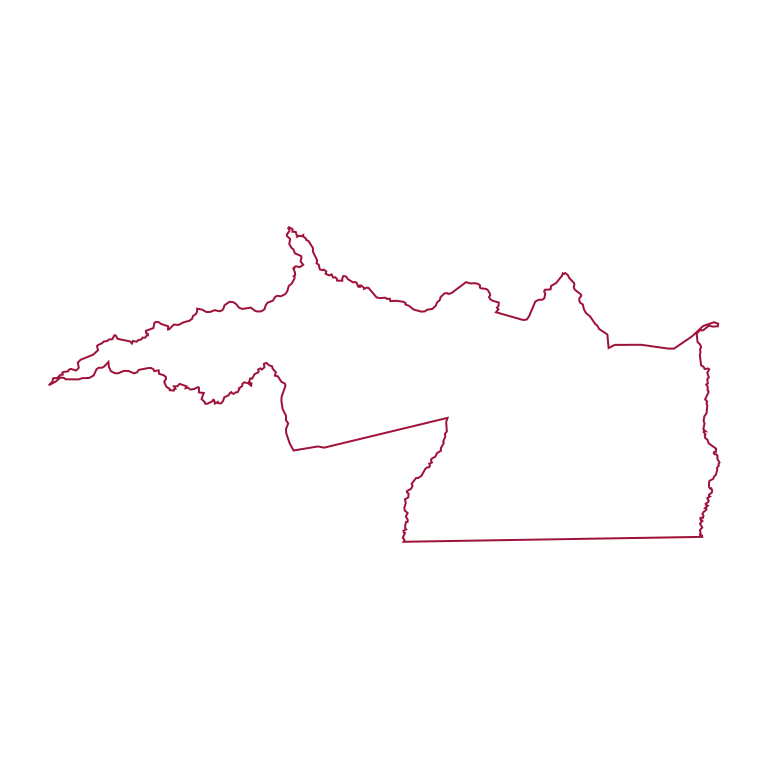 Tangará da Serra, Mato Grosso, Brazil, rotated 179°
{"feature_id": "56859067B801733542201", "entity_name": "Tangará da Serra", "entity_type": "district", "adm_level": 2, "iso_a3": "BRA", "parent_name": "Brazil", "parent_adm1": "Mato Grosso", "projection": "mercator", "projection_center": [-58.025, -14.492], "detail": "fine", "context": "isolated", "style": "outline", "palette": "rose", "viewbox_px": 768, "rotation_deg": 179, "n_neighbors": 0, "source": "geoboundaries", "source_scale": "gbopen_adm2", "svg_char_len": 6064}
<svg xmlns="http://www.w3.org/2000/svg" viewBox="0 0 768 768"><g transform="rotate(179 384 384)"><path d="M429.1,488.2L429.4,490.2L431.0,491.6L433.0,491.3L434.5,494.5L436.5,493.6L438.2,494.1L440.5,495.3L439.7,497.5L442.2,499.5L443.4,498.8L446.2,499.7L447.2,504.4L449.3,505.8L448.7,508.9L452.8,517.7L452.7,521.2L457.0,528.3L459.2,529.4L459.7,531.0L462.3,532.9L462.2,534.3L463.9,533.2L466.6,533.7L468.2,532.6L469.6,537.6L472.9,537.8L472.7,540.5L476.3,542.4L477.1,541.4L475.7,539.5L475.9,538.6L478.6,535.1L478.4,533.6L475.3,530.6L476.3,525.7L474.2,521.8L472.3,520.3L470.8,516.2L464.7,513.4L464.3,511.9L465.3,508.1L462.7,504.6L466.1,502.3L469.8,503.2L471.5,502.6L471.6,501.2L472.6,501.0L471.1,497.1L470.9,494.5L472.4,493.3L471.5,492.5L471.8,490.7L474.7,485.8L477.5,483.7L479.2,478.2L481.3,475.5L485.6,473.5L489.2,474.0L491.2,473.1L493.7,469.3L499.0,467.3L500.7,465.2L502.2,460.9L503.4,459.9L506.1,458.7L509.2,458.7L511.3,459.2L515.9,462.7L524.3,461.5L527.7,462.9L530.5,466.6L533.4,468.5L537.1,468.9L542.1,465.5L543.3,462.0L544.7,460.4L547.3,459.6L552.0,460.8L556.5,459.1L560.4,459.1L564.7,461.6L569.5,462.6L569.6,459.8L570.7,457.4L573.9,455.2L574.6,452.7L577.5,450.6L583.3,449.2L588.2,446.7L593.2,447.0L597.8,442.5L599.0,442.3L598.8,445.5L605.8,447.9L608.7,450.0L611.3,449.9L612.5,449.1L613.6,444.0L621.1,441.3L621.0,439.2L619.1,438.1L619.2,436.7L620.6,436.5L622.0,434.5L624.6,434.6L625.7,432.9L629.0,432.1L630.6,430.6L634.3,431.4L635.3,428.9L637.1,431.0L649.5,433.8L651.4,437.2L652.7,437.4L655.0,433.5L658.3,433.3L660.0,431.8L663.4,431.4L665.2,429.7L669.5,427.8L670.3,426.8L669.3,422.8L674.3,418.4L687.0,413.5L689.8,410.7L688.9,405.6L690.6,403.7L691.7,402.9L697.0,404.6L699.0,403.6L699.5,402.2L704.4,401.6L705.5,400.9L705.0,399.0L707.5,398.7L710.6,395.7L714.7,395.5L715.5,392.1L719.2,388.6L712.3,392.1L707.5,396.1L703.9,395.7L702.4,394.3L689.3,393.9L685.7,395.1L678.6,395.2L674.2,397.6L671.1,403.9L669.1,405.2L665.6,405.2L663.4,406.4L659.1,410.9L658.8,406.0L656.9,401.6L652.8,399.5L649.8,399.3L643.6,401.7L639.4,401.5L633.4,399.0L630.6,400.1L628.9,402.4L619.2,404.1L616.6,404.1L614.2,402.6L613.5,400.9L609.1,401.6L608.7,398.1L604.3,396.7L602.0,394.9L601.9,392.7L603.7,390.2L603.4,389.1L601.6,385.0L598.3,382.7L598.3,381.5L594.4,381.1L594.3,382.1L592.5,382.8L594.1,385.3L590.6,385.4L588.3,387.7L581.6,385.2L582.4,383.3L580.3,383.8L577.4,381.8L573.7,382.4L570.3,384.1L569.1,383.6L569.2,378.8L564.4,378.2L566.7,372.2L563.6,369.1L563.1,367.4L560.8,367.4L555.6,370.0L555.1,371.2L554.1,370.8L553.4,367.4L550.6,369.0L550.4,367.8L547.4,367.4L545.3,369.6L544.0,373.4L539.7,375.4L538.0,377.9L536.7,378.5L536.0,377.3L534.4,376.8L532.6,378.2L530.6,378.3L528.7,381.4L529.2,382.2L525.8,384.4L525.6,386.6L523.8,388.1L519.9,387.2L516.9,384.7L516.5,387.0L518.9,388.2L517.7,391.9L515.7,391.7L513.2,396.2L509.9,397.6L509.0,398.8L509.5,400.8L507.3,401.8L505.9,400.6L503.2,402.8L503.8,406.2L501.3,407.2L498.7,404.8L495.5,403.6L495.1,401.3L491.9,397.6L493.0,394.3L490.0,393.5L486.4,387.8L483.2,386.2L482.5,384.1L486.6,373.0L486.9,369.0L485.8,360.8L482.5,353.9L482.6,349.5L480.5,346.2L482.8,340.6L482.6,336.5L479.3,326.2L475.6,319.1L451.2,322.7L445.0,321.4L321.1,349.0L322.5,344.8L322.0,335.5L324.0,333.0L323.6,330.6L325.8,325.3L325.3,323.9L328.2,319.0L328.3,316.2L332.1,314.1L334.0,310.4L337.7,308.5L338.4,306.7L337.4,304.7L340.2,303.5L339.4,301.7L340.3,300.0L342.6,299.7L344.1,298.5L348.3,291.4L351.4,289.5L353.7,289.3L358.1,283.7L357.2,281.6L358.7,278.8L363.0,276.4L363.0,275.4L361.3,273.9L361.7,270.2L365.1,268.3L364.3,264.8L365.8,260.1L365.5,257.2L362.6,254.5L364.5,251.2L362.6,247.6L362.9,245.7L364.4,245.6L365.3,242.1L365.2,239.1L364.4,238.3L367.1,236.9L366.8,235.3L365.6,234.6L367.9,230.1L366.2,227.6L367.2,225.9L68.5,225.6L68.7,227.1L70.5,227.4L70.6,228.6L70.0,229.6L70.7,232.3L68.3,235.0L70.5,238.7L69.1,240.4L69.3,241.3L68.2,241.6L70.0,243.4L69.9,244.7L67.3,244.7L66.9,247.1L67.9,248.5L66.7,250.5L63.8,252.8L64.0,253.9L65.2,254.3L62.4,256.7L64.1,257.4L64.5,258.6L61.7,260.5L61.4,261.7L62.8,264.1L60.1,265.8L61.1,266.3L61.0,267.6L58.1,269.8L57.8,272.2L58.7,274.0L59.6,273.6L60.8,275.3L60.7,280.2L60.1,281.6L56.5,283.4L55.7,285.6L53.9,287.2L52.3,292.2L52.5,294.3L50.7,296.6L51.0,298.0L49.9,299.7L52.0,303.3L51.8,306.3L52.8,307.9L54.4,307.9L55.5,309.0L55.2,310.1L53.3,310.5L53.1,313.6L60.3,318.9L61.7,322.8L63.7,324.3L64.2,327.0L63.4,328.0L65.3,330.4L64.9,331.5L63.5,331.3L65.5,333.2L64.2,339.0L65.1,341.5L64.3,346.0L62.0,349.2L61.1,356.9L61.8,358.4L61.3,360.9L63.2,363.1L59.7,369.9L59.7,371.2L60.6,371.9L60.3,375.4L61.8,377.9L60.2,378.9L60.7,383.1L59.1,384.9L60.6,389.5L58.6,392.9L59.5,393.8L63.2,393.5L64.3,395.8L66.6,397.1L67.7,407.6L67.0,410.3L67.4,413.1L66.3,415.4L67.3,418.1L69.7,420.4L70.5,427.9L69.6,430.0L66.9,432.3L64.0,432.1L58.0,436.7L54.2,435.6L49.2,435.9L48.8,438.4L53.0,440.0L63.9,436.4L75.4,426.1L93.4,414.3L99.0,414.4L125.9,418.7L152.6,419.1L158.8,416.0L159.8,429.6L167.9,435.2L170.0,439.1L171.5,440.0L176.8,448.0L180.8,451.4L182.8,455.1L183.8,460.0L186.5,461.9L187.4,464.6L187.2,466.1L185.2,468.9L185.7,470.2L191.6,475.0L192.6,477.2L191.9,480.4L192.3,481.7L196.8,486.6L198.3,489.7L200.9,491.8L202.2,490.9L203.3,491.5L204.2,489.1L210.2,481.9L215.2,479.1L215.8,475.7L221.5,475.4L222.3,473.6L221.2,471.6L222.2,466.9L224.2,465.5L227.8,465.5L231.3,463.8L237.7,449.3L240.1,446.0L243.6,445.5L270.8,453.8L268.3,456.7L269.7,458.3L268.1,460.2L267.8,463.5L273.8,465.3L276.3,466.9L277.5,469.2L276.2,471.0L276.4,472.1L278.3,475.7L280.1,477.3L285.5,478.0L286.4,478.7L286.3,481.0L288.3,482.5L291.4,483.2L295.9,483.0L300.2,484.4L315.0,473.7L318.2,472.9L319.1,473.7L321.9,473.6L325.8,470.0L326.9,466.8L329.6,464.6L330.7,461.6L334.3,458.3L339.8,457.4L341.8,455.9L345.5,455.7L353.2,458.0L357.7,461.8L361.2,463.1L361.1,464.5L363.0,465.8L370.0,467.0L376.1,466.7L376.7,469.2L379.2,468.9L381.3,470.3L386.1,469.9L389.9,470.7L397.8,480.4L399.6,480.6L402.4,479.5L402.5,480.7L405.4,483.0L406.6,482.9L406.5,481.5L408.2,481.8L409.4,485.4L411.0,486.5L413.0,486.1L418.1,489.3L420.2,492.2L422.8,492.6L423.9,490.3L423.9,488.0L429.1,488.2Z" fill="none" stroke="#9f1239" stroke-width="2"/></g></svg>